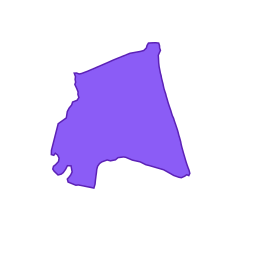 Piaçabuçu, Alagoas, Brazil (Mercator projection), rotated 314°
{"feature_id": "56859067B23765028876070", "entity_name": "Piaçabuçu", "entity_type": "district", "adm_level": 2, "iso_a3": "BRA", "parent_name": "Brazil", "parent_adm1": "Alagoas", "projection": "mercator", "projection_center": [-36.4, -10.401], "detail": "fine", "context": "isolated", "style": "filled", "palette": "violet", "viewbox_px": 256, "rotation_deg": 314, "n_neighbors": 0, "source": "geoboundaries", "source_scale": "gbopen_adm2", "svg_char_len": 1647}
<svg xmlns="http://www.w3.org/2000/svg" viewBox="0 0 256 256"><g transform="rotate(314 128 128)"><path d="M134.9,56.7L132.9,55.3L131.8,52.8L130.1,51.2L128.5,54.5L126.2,56.2L124.6,58.5L122.4,59.5L120.9,63.4L119.3,67.0L117.3,68.7L115.8,71.5L112.5,72.1L108.2,70.1L105.4,71.5L101.5,71.8L97.7,72.9L92.4,76.6L82.6,74.8L58.8,88.4L55.6,91.3L56.8,93.6L59.3,93.2L59.7,96.0L58.5,99.3L55.6,101.3L51.3,101.4L48.7,101.0L46.2,102.4L45.6,104.8L45.6,110.3L48.4,112.0L50.9,112.4L54.9,111.8L58.8,110.6L61.2,113.3L57.6,118.3L54.5,119.4L51.8,119.7L49.1,119.8L47.5,122.5L50.6,130.2L52.6,131.9L61.1,145.2L64.7,143.3L67.5,141.1L71.2,138.3L73.7,136.5L76.5,134.3L79.4,132.7L82.7,132.2L85.4,132.7L90.5,135.2L92.2,138.2L96.4,141.1L99.7,141.4L104.1,144.9L105.4,146.8L107.9,153.4L112.1,160.3L114.0,166.4L115.6,169.1L122.7,182.6L124.9,190.9L125.6,193.8L127.9,198.8L129.3,200.9L132.8,202.3L135.2,202.7L136.0,204.8L138.3,204.0L140.0,201.3L141.2,198.7L142.8,195.5L144.3,192.7L146.7,188.5L148.4,185.5L150.1,182.6L151.7,179.9L153.3,177.4L154.8,175.3L156.7,172.1L158.2,169.4L159.5,167.4L161.0,164.8L162.6,161.7L163.8,159.4L165.1,156.8L166.7,153.9L167.6,151.5L168.7,149.4L170.3,146.6L171.7,143.8L172.9,141.5L174.4,138.7L176.0,136.0L177.3,133.6L178.6,131.6L180.0,128.9L181.2,126.7L182.5,124.7L183.9,122.7L185.5,120.1L187.2,117.4L188.6,115.5L190.0,113.1L191.3,111.3L193.8,107.7L196.2,104.8L198.0,102.9L199.6,101.2L201.3,99.3L203.9,98.3L206.4,97.4L207.5,95.2L209.1,93.5L210.4,91.1L208.5,88.6L205.6,85.8L203.3,83.7L200.7,84.3L198.3,85.6L194.7,85.5L191.8,83.8L183.1,77.5L169.6,71.5L166.4,70.1L160.9,67.9L140.8,59.5L134.9,56.7Z" fill="#8b5cf6" stroke="#5b21b6" stroke-width="1.5"/></g></svg>